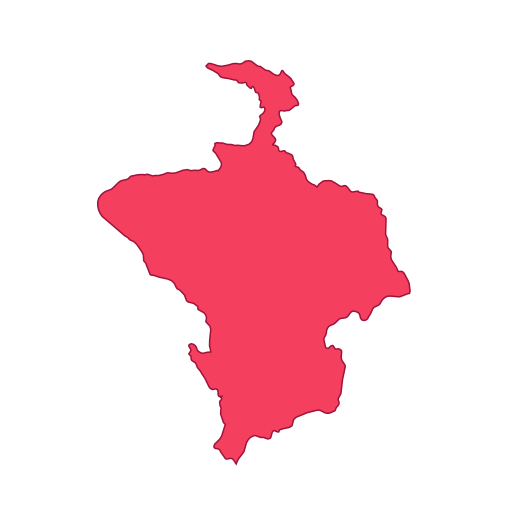 the Region of Gorno-Badakhshan, rotated 77°
{"feature_id": "TJK-366", "entity_name": "Gorno-Badakhshan", "entity_type": "Region", "adm_level": 1, "iso_a3": "TJK", "parent_name": "Tajikistan", "parent_adm1": "", "projection": "albers", "projection_center": [72.466, 38.073], "detail": "fine", "context": "isolated", "style": "filled", "palette": "rose", "viewbox_px": 512, "rotation_deg": 77, "n_neighbors": 0, "source": "natural_earth", "source_scale": "10m", "svg_char_len": 6106}
<svg xmlns="http://www.w3.org/2000/svg" viewBox="0 0 512 512"><g transform="rotate(77 256 256)"><path d="M317.4,113.0L324.7,113.7L327.0,114.9L326.9,116.9L327.8,122.7L328.0,124.8L327.8,126.4L325.4,133.6L324.8,136.7L325.3,139.6L327.2,142.9L330.6,146.1L331.4,147.5L332.6,152.7L333.6,154.0L338.3,157.6L341.0,160.5L342.1,161.2L343.0,162.9L343.2,164.7L342.8,166.2L341.7,167.5L340.0,168.1L336.2,168.2L334.4,169.0L333.3,170.2L332.2,171.9L331.5,173.8L331.8,175.6L332.8,177.1L335.1,179.7L336.0,181.1L336.3,183.1L335.9,187.6L336.2,189.2L339.1,194.0L339.7,195.4L340.5,199.7L341.2,201.3L342.8,202.9L344.2,203.8L347.1,204.9L348.5,205.7L350.9,207.9L352.2,208.6L359.9,208.8L361.2,208.4L362.3,206.7L361.6,205.1L360.5,203.4L360.4,201.4L361.0,200.9L364.2,199.8L364.7,199.1L365.0,196.5L366.1,194.8L367.2,194.1L368.6,194.1L373.5,195.7L375.1,195.9L376.9,195.8L382.4,193.8L384.1,194.0L395.6,199.4L409.3,204.3L413.4,208.0L415.2,208.2L417.0,208.0L418.5,208.3L419.8,209.2L421.9,212.0L423.9,213.3L424.5,213.9L425.5,218.6L425.6,220.6L425.1,222.5L424.2,224.2L420.9,228.1L420.2,229.8L420.0,231.7L420.2,241.4L422.1,253.1L423.7,256.0L429.5,259.1L430.5,261.9L430.4,268.4L430.6,271.8L430.9,272.3L432.5,273.4L432.4,274.2L431.1,276.4L430.5,276.8L430.2,277.3L430.4,278.6L430.9,279.4L431.5,279.9L435.6,282.1L436.7,283.1L437.0,284.9L436.8,285.9L434.4,289.7L433.8,292.4L430.9,296.8L430.6,298.7L431.5,302.3L433.5,305.2L436.0,307.4L443.5,311.5L444.9,312.8L449.2,318.1L451.6,320.3L454.2,322.1L450.3,323.5L448.4,324.5L447.4,326.3L447.3,330.1L446.7,331.3L439.2,334.4L437.2,334.8L435.7,335.7L434.2,339.2L432.5,340.0L430.1,338.7L426.2,332.4L423.8,330.0L413.2,323.8L410.9,325.2L401.9,326.0L398.3,325.0L396.5,324.2L393.5,324.7L390.3,324.3L389.5,324.1L388.2,322.1L387.4,321.6L386.5,321.7L385.6,322.4L385.1,321.0L384.2,323.8L382.2,324.1L379.9,323.5L377.7,323.6L376.4,325.0L376.3,328.5L374.9,330.3L372.9,331.2L363.9,333.2L357.8,335.5L356.1,335.9L351.5,338.2L348.0,338.6L346.4,339.2L343.3,342.1L342.2,342.4L339.1,341.9L338.3,342.3L337.0,343.3L336.1,343.4L333.7,340.8L332.0,340.7L328.6,341.8L327.3,341.0L326.9,338.9L327.9,336.9L329.6,335.4L331.3,334.7L334.4,334.4L335.6,333.8L337.0,332.6L338.3,330.9L338.9,329.4L338.8,325.1L339.4,321.7L336.5,321.4L333.0,321.5L327.3,320.0L317.5,316.6L313.9,316.7L308.9,319.6L307.5,319.2L306.1,318.4L304.2,318.1L302.2,318.3L300.5,318.9L299.2,319.9L295.3,324.2L294.4,324.6L292.7,324.0L292.0,324.2L288.9,326.7L287.6,328.3L286.2,331.3L285.3,332.7L283.7,333.8L277.8,334.5L272.0,338.0L270.2,340.2L268.2,340.9L264.4,341.7L261.1,343.7L258.7,347.0L254.9,355.0L251.6,360.4L251.1,362.3L250.3,363.3L238.1,365.1L235.4,366.5L229.7,365.5L226.1,366.3L217.8,369.6L214.5,371.8L211.8,375.3L209.0,376.9L206.8,379.3L182.9,396.9L179.7,398.2L175.7,399.0L171.7,398.9L167.9,398.1L164.4,396.2L161.7,393.3L160.6,391.5L159.7,389.5L159.1,387.4L158.6,382.7L157.8,380.6L153.2,373.0L152.5,371.2L152.3,368.9L152.3,364.7L152.1,363.5L150.2,360.2L150.1,359.0L150.3,352.8L151.0,348.6L151.5,347.0L152.0,346.1L151.8,343.6L154.8,338.5L154.9,335.6L155.4,334.4L155.7,332.2L155.6,327.9L155.0,324.0L155.3,322.5L156.2,320.2L157.0,316.1L156.0,307.8L156.4,303.3L158.1,300.6L158.7,296.4L159.8,292.2L158.8,287.9L159.5,286.1L162.5,284.2L163.8,282.4L164.1,280.5L164.2,278.1L163.9,274.6L164.5,273.9L162.0,270.8L159.6,269.1L156.7,268.9L146.8,272.2L143.7,274.2L142.0,273.4L139.0,270.9L138.1,270.8L137.5,271.0L137.1,270.7L136.8,269.4L136.9,268.3L137.7,266.0L138.3,263.4L140.8,258.9L141.9,254.7L143.5,251.8L144.0,248.8L145.5,244.4L146.0,242.1L145.5,237.6L143.7,234.5L140.9,232.6L134.3,229.8L129.5,224.5L126.4,222.2L124.2,221.0L123.2,220.8L121.0,221.1L120.2,220.4L119.7,219.5L118.5,216.8L116.9,215.2L116.0,214.6L115.0,214.3L113.1,214.4L112.5,215.1L112.8,217.4L111.9,218.5L110.0,217.9L106.7,216.3L105.8,216.4L105.0,217.3L104.4,217.6L101.7,216.9L99.2,216.9L97.9,217.1L96.3,219.6L91.6,220.0L90.1,220.9L90.1,221.6L91.6,222.8L91.0,224.0L87.3,226.5L85.5,226.4L84.8,226.8L84.4,227.7L84.4,230.6L83.2,234.1L80.3,235.3L79.5,237.8L77.1,242.4L74.9,248.0L73.8,249.8L73.0,250.6L70.2,251.7L69.4,252.3L65.7,256.0L62.0,260.7L61.3,261.2L59.7,262.0L57.9,259.3L57.8,258.1L58.7,256.0L62.2,250.1L63.3,247.1L63.5,245.9L63.7,240.2L63.4,234.9L64.1,231.5L65.1,229.2L65.4,227.4L64.8,224.7L64.0,223.3L63.8,222.5L64.2,219.0L65.3,216.6L70.9,212.0L71.9,210.7L72.2,209.2L77.1,204.9L78.6,201.5L82.4,198.3L83.3,197.3L84.9,194.9L85.0,193.6L84.7,192.3L83.8,191.2L81.5,189.4L81.1,188.8L81.4,188.3L85.0,186.7L89.5,183.0L90.7,182.2L96.3,180.2L97.3,180.4L98.3,181.7L99.0,184.3L99.4,184.7L102.6,184.5L105.1,184.7L107.2,184.4L109.9,182.4L113.8,180.7L117.1,180.3L118.1,180.7L118.6,181.3L118.4,184.3L121.2,190.0L121.5,191.4L121.2,193.6L121.1,195.8L120.0,198.5L119.9,199.7L120.6,200.8L123.0,201.6L126.5,201.4L130.6,200.6L131.6,200.8L132.6,201.5L133.5,202.7L133.9,204.2L134.1,206.3L134.5,207.7L135.2,208.9L137.4,210.5L139.4,213.1L139.9,213.4L140.8,213.4L142.1,212.9L145.6,210.9L147.0,210.7L148.1,211.1L149.1,211.8L150.0,212.8L150.9,214.4L151.3,214.7L151.6,214.5L152.6,212.1L154.4,210.2L155.6,209.9L158.1,210.0L158.7,209.8L159.4,209.3L159.7,208.3L159.7,205.6L159.9,204.6L160.4,204.1L162.2,203.3L163.3,201.1L165.7,198.2L166.5,197.9L167.9,197.8L170.3,197.9L175.0,196.6L176.0,196.7L177.0,197.5L177.4,197.4L177.9,197.0L179.0,194.9L179.6,194.4L182.2,193.5L184.1,191.6L185.2,190.7L188.6,189.8L192.6,189.6L195.4,188.3L198.7,185.1L200.2,182.8L202.5,181.0L200.2,178.4L198.4,174.5L198.1,173.1L198.2,171.7L198.5,170.6L198.8,168.4L199.7,165.7L202.2,162.9L206.7,158.5L207.3,157.4L207.5,156.5L207.3,154.5L207.5,153.3L208.0,152.5L210.8,150.8L213.5,149.7L214.6,149.0L215.1,148.2L215.4,147.2L215.5,144.3L215.8,141.9L216.7,141.9L220.0,134.7L221.8,129.2L222.8,127.7L224.2,127.2L225.9,126.9L228.9,125.4L230.3,125.4L232.9,126.1L235.5,125.9L238.0,123.3L238.9,122.9L240.0,123.2L242.1,124.5L243.3,124.6L244.2,124.0L245.8,122.1L246.6,121.4L247.9,120.9L249.3,121.0L263.9,124.8L265.1,124.8L268.5,124.0L270.2,124.1L276.5,125.6L277.7,125.5L281.6,123.4L282.6,123.2L285.0,124.2L287.7,125.0L290.3,124.8L298.3,121.9L302.8,121.0L303.3,120.0L303.5,118.5L304.1,116.9L306.0,115.6L314.6,113.3L317.4,113.0Z" fill="#f43f5e" stroke="#9f1239" stroke-width="1.5"/></g></svg>